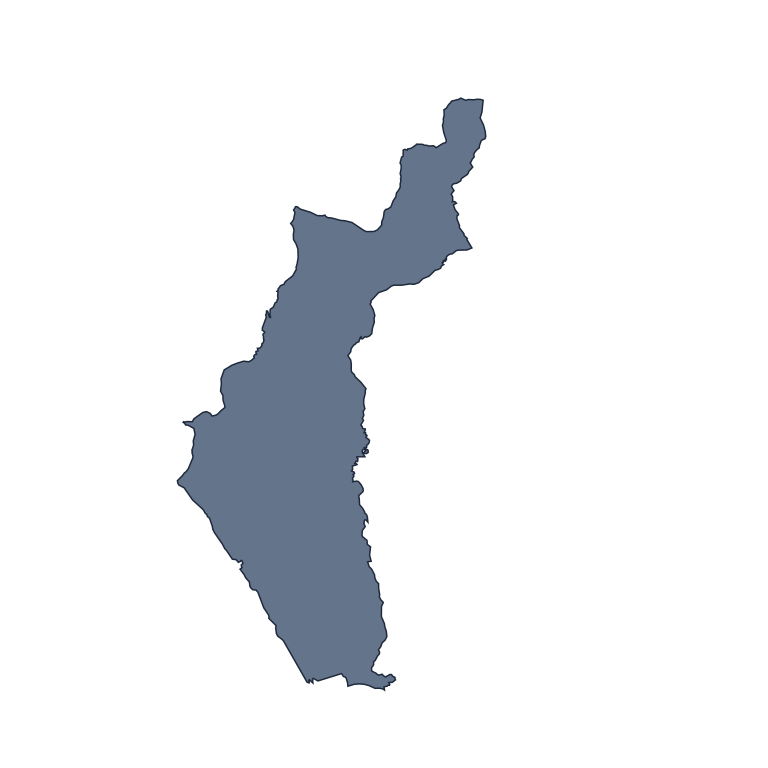 outline of Batrani, Prahova, Romania, rotated 33°
{"feature_id": "2599482B71534935033185", "entity_name": "Batrani", "entity_type": "district", "adm_level": 2, "iso_a3": "ROU", "parent_name": "Romania", "parent_adm1": "Prahova", "projection": "natural_earth1", "projection_center": [26.104, 45.367], "detail": "fine", "context": "isolated", "style": "filled", "palette": "slate", "viewbox_px": 768, "rotation_deg": 33, "n_neighbors": 0, "source": "geoboundaries", "source_scale": "gbopen_adm2", "svg_char_len": 6165}
<svg xmlns="http://www.w3.org/2000/svg" viewBox="0 0 768 768"><g transform="rotate(33 384 384)"><path d="M551.1,640.4L548.9,637.9L551.2,635.8L551.4,634.5L552.6,633.7L552.5,632.8L550.5,631.8L553.5,629.6L554.8,625.8L552.5,624.5L552.7,624.1L550.3,624.4L548.7,623.6L547.1,624.4L544.9,628.8L542.5,629.0L540.5,628.4L538.3,630.9L536.2,631.3L534.8,630.9L530.6,631.4L529.5,630.9L528.0,628.4L528.3,626.5L528.1,624.9L526.5,622.6L527.2,620.5L526.7,615.6L527.1,612.8L526.3,611.3L524.2,610.0L524.3,605.7L523.4,602.2L524.4,598.2L523.9,594.1L520.4,589.9L516.8,587.1L514.9,584.8L508.5,580.5L503.1,572.0L502.4,567.6L498.9,566.7L496.1,565.1L495.0,562.9L490.8,558.3L488.2,554.4L485.1,553.7L482.1,551.8L479.9,549.1L474.4,546.0L470.9,545.2L467.1,542.0L469.8,539.7L465.2,535.5L461.4,527.9L457.4,527.6L454.9,524.4L449.0,523.7L447.8,522.7L445.6,518.6L445.9,513.9L442.9,511.6L441.8,508.8L442.0,508.3L443.0,507.8L445.7,508.6L442.4,504.5L440.4,503.0L438.0,502.6L437.0,501.5L433.5,499.8L429.2,498.5L425.6,493.5L423.6,491.5L424.9,485.9L424.7,484.8L423.3,483.0L419.3,480.8L415.8,479.8L414.1,480.2L411.0,483.0L410.8,482.1L408.8,480.1L409.1,478.3L408.7,477.4L407.4,476.8L408.1,475.1L406.9,474.2L404.1,474.6L404.3,472.9L402.2,470.0L405.3,466.3L404.1,465.9L402.7,466.6L402.6,463.8L404.0,463.4L402.9,460.9L401.5,460.6L400.9,459.9L407.6,455.4L403.2,453.4L402.2,451.9L401.9,450.5L403.9,449.3L404.9,449.4L404.3,452.4L404.6,453.3L407.3,451.8L408.0,450.0L406.7,448.2L401.5,448.3L403.4,447.3L403.9,446.4L402.9,445.0L403.6,442.2L402.8,439.5L401.6,438.8L398.0,438.7L397.9,436.6L397.0,436.2L396.2,436.7L395.0,434.8L393.7,435.7L393.3,432.5L392.8,431.9L390.4,433.0L389.0,431.6L386.9,431.0L386.6,425.6L384.6,424.7L384.2,421.4L381.6,418.5L381.4,415.2L377.6,411.5L375.5,408.1L373.1,401.5L371.9,399.8L371.5,397.8L364.0,395.2L355.9,393.7L354.0,392.3L350.5,391.6L349.0,390.3L345.8,385.2L343.1,382.1L338.3,379.9L338.5,375.1L337.2,372.2L337.4,368.1L338.3,366.0L338.3,364.6L339.9,362.3L338.7,357.9L339.1,356.9L340.2,358.4L341.4,357.8L342.2,354.8L343.8,354.2L345.6,351.7L346.3,348.5L343.8,343.2L342.2,337.4L340.0,334.5L339.0,331.5L334.4,327.5L328.8,324.5L328.8,322.8L327.8,321.3L329.7,310.3L334.9,303.6L336.8,298.0L338.3,295.9L345.0,291.5L351.2,286.0L354.8,284.1L358.0,280.1L359.2,274.6L363.1,268.9L364.9,260.8L366.8,258.8L368.4,256.1L367.9,254.1L369.0,251.3L367.7,251.3L366.8,250.6L367.5,249.6L366.8,249.0L366.8,248.1L368.5,247.7L368.7,247.1L367.4,246.7L367.4,246.0L368.5,245.5L367.1,243.4L367.5,241.3L368.7,239.0L370.4,237.7L371.8,233.3L372.7,231.8L380.7,226.3L383.6,222.0L374.7,217.7L374.6,216.6L370.3,215.8L369.1,214.4L362.3,211.9L361.3,210.8L361.2,210.1L355.1,205.7L353.6,203.0L354.3,201.6L353.8,200.8L348.7,199.1L344.7,196.0L346.3,192.9L344.0,192.5L342.0,193.9L341.8,192.8L339.4,189.4L336.9,188.2L337.4,183.7L333.2,181.7L332.8,180.1L333.3,178.2L335.6,176.1L337.6,172.1L337.1,169.4L339.8,162.8L339.8,161.0L339.3,159.7L340.3,153.8L335.7,151.5L336.0,150.6L335.6,147.2L336.0,144.6L334.2,142.4L333.9,140.5L334.4,136.5L335.3,134.1L334.2,132.0L333.1,127.3L333.4,125.9L335.1,123.4L335.0,122.4L334.5,121.0L331.4,117.1L326.4,112.6L319.7,108.5L318.1,102.8L312.6,92.0L309.9,92.8L307.1,94.4L304.3,96.9L299.9,99.4L297.9,101.6L292.7,102.4L291.6,104.6L286.6,110.0L286.5,112.7L286.0,114.2L286.1,118.8L284.9,121.3L288.0,125.7L289.4,129.5L291.2,131.9L292.2,135.3L297.1,140.5L303.4,145.6L304.1,146.7L304.1,148.2L302.4,150.1L299.0,157.4L295.8,157.2L292.0,160.0L289.8,160.5L288.2,161.6L285.6,162.1L280.6,165.2L280.7,166.0L278.3,171.7L275.8,174.0L276.1,175.2L273.7,175.8L272.7,177.3L276.0,182.6L275.2,184.1L276.8,189.1L277.5,190.3L278.8,190.7L280.8,193.5L283.0,198.8L285.7,201.1L286.0,202.8L287.3,204.1L288.6,207.4L290.4,210.1L290.7,213.8L290.4,216.9L292.0,220.6L291.9,225.2L293.3,231.7L292.1,234.8L290.4,236.7L290.2,239.1L292.9,244.9L293.7,249.1L295.5,252.2L294.5,258.3L292.6,261.5L286.4,265.7L283.8,266.2L269.1,266.0L263.0,268.1L258.3,270.5L249.9,273.2L246.2,275.1L243.9,275.2L242.5,274.5L240.5,276.7L236.3,279.1L228.9,280.0L218.6,282.9L214.6,282.6L213.2,283.5L213.5,285.5L213.3,287.2L216.0,288.8L218.5,295.2L218.7,297.0L218.3,300.2L221.4,301.2L223.5,302.8L225.1,304.6L226.4,307.8L229.5,312.2L233.7,314.2L238.3,317.7L243.3,325.0L245.8,330.9L246.6,333.9L248.0,335.5L248.5,343.0L245.6,351.5L245.5,353.2L245.9,354.6L243.7,357.8L243.4,362.0L244.2,363.0L243.7,364.6L245.2,364.7L246.8,368.1L248.7,370.1L248.5,371.5L249.4,373.3L248.5,375.3L249.3,379.8L247.9,383.3L250.6,388.1L252.6,389.9L251.5,390.4L246.7,386.2L245.7,386.7L247.0,388.8L247.0,390.3L248.9,392.1L251.4,403.1L252.6,405.2L255.3,405.3L255.9,406.0L255.4,407.9L255.7,408.7L257.1,409.8L258.1,411.5L259.4,412.4L259.2,412.7L260.0,414.2L260.1,415.8L259.6,417.0L260.7,418.2L260.5,420.9L259.5,422.4L258.4,423.0L260.3,425.0L259.0,426.2L259.0,426.9L260.9,428.5L259.9,429.4L259.5,430.8L259.7,431.8L261.0,432.8L259.9,436.4L258.5,439.0L253.9,441.3L249.6,446.4L246.2,451.1L242.3,459.2L244.5,468.4L247.6,472.5L250.7,478.9L255.3,481.5L257.8,485.2L263.0,489.6L263.2,490.9L261.8,495.1L260.9,500.0L259.9,501.8L257.3,504.5L254.2,503.3L250.1,503.9L247.6,506.5L243.5,516.7L243.8,520.0L238.8,523.1L238.0,524.3L236.5,524.7L236.5,525.6L238.1,525.5L239.9,526.4L242.2,525.3L248.7,524.8L253.0,529.1L255.0,535.6L257.6,538.9L259.1,544.5L260.3,545.2L260.3,546.1L263.2,548.6L264.0,550.5L266.0,561.6L265.8,565.1L265.0,567.5L264.9,570.3L263.4,577.6L265.0,579.4L267.2,580.5L272.9,579.9L286.6,585.5L301.1,587.9L304.3,589.7L307.0,590.2L308.0,591.3L310.8,591.6L317.2,596.6L319.7,599.2L322.8,601.0L335.5,606.2L340.3,608.9L342.1,609.2L352.2,613.5L355.7,611.9L359.0,612.9L360.2,610.9L360.2,609.9L360.8,609.5L363.5,611.4L362.8,613.3L363.5,614.4L365.0,615.4L364.1,617.7L370.7,620.1L373.6,621.9L378.8,623.3L381.9,626.8L383.8,627.7L386.1,628.0L388.9,626.5L391.6,627.3L405.1,637.2L412.8,640.5L414.2,641.6L415.0,643.3L425.1,645.4L425.9,647.4L429.6,651.8L432.1,653.3L438.3,653.8L439.8,654.3L481.9,676.0L484.0,675.5L483.9,674.9L482.2,673.5L482.4,672.7L487.2,673.5L484.8,670.4L484.9,669.4L490.3,669.0L506.1,650.0L509.3,651.4L511.2,650.9L512.5,651.3L516.4,654.7L518.3,657.1L522.7,651.9L526.6,649.0L530.7,646.7L535.7,645.1L542.2,644.1L545.9,641.6L548.9,640.4L551.1,640.4Z" fill="#64748b" stroke="#1e293b" stroke-width="1.5"/></g></svg>